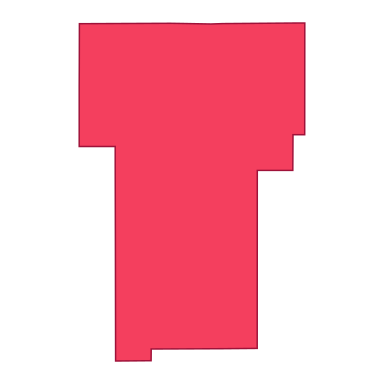 Benton, Mississippi, United States of America
{"feature_id": "52423323B42225674167868", "entity_name": "Benton", "entity_type": "district", "adm_level": 2, "iso_a3": "USA", "parent_name": "United States of America", "parent_adm1": "Mississippi", "projection": "orthographic", "projection_center": [-89.198, 34.789], "detail": "fine", "context": "isolated", "style": "filled", "palette": "rose", "viewbox_px": 384, "rotation_deg": 0, "n_neighbors": 0, "source": "geoboundaries", "source_scale": "gbopen_adm2", "svg_char_len": 393}
<svg xmlns="http://www.w3.org/2000/svg" viewBox="0 0 384 384"><path d="M79.4,23.7L79.3,62.9L79.2,86.8L79.2,146.5L115.2,146.5L115.2,166.0L115.4,247.5L115.6,361.0L151.1,360.7L151.2,349.0L221.8,348.7L257.2,348.4L257.3,170.4L292.8,170.4L293.0,134.7L304.7,134.7L304.8,23.0L298.5,23.0L222.9,23.6L211.0,24.0L183.1,23.5L170.3,23.3L79.4,23.7Z" fill="#f43f5e" stroke="#9f1239" stroke-width="1.5"/></svg>